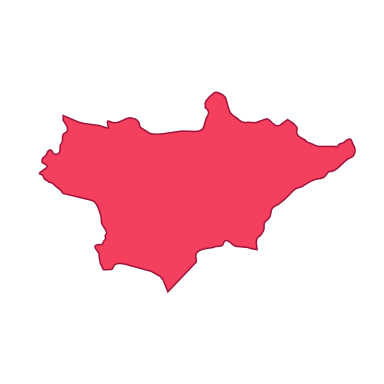 the County of Jönköping, rotated 190°
{"feature_id": "SWE-179", "entity_name": "Jönköping", "entity_type": "County", "adm_level": 1, "iso_a3": "SWE", "parent_name": "Sweden", "parent_adm1": "", "projection": "robinson", "projection_center": [14.478, 57.556], "detail": "fine", "context": "isolated", "style": "filled", "palette": "rose", "viewbox_px": 384, "rotation_deg": 190, "n_neighbors": 0, "source": "natural_earth", "source_scale": "10m", "svg_char_len": 3593}
<svg xmlns="http://www.w3.org/2000/svg" viewBox="0 0 384 384"><g transform="rotate(190 192 192)"><path d="M41.8,253.3L44.1,251.6L46.1,249.6L52.7,240.7L55.7,237.9L58.1,236.4L59.8,236.2L60.8,235.8L61.5,234.9L63.7,230.6L65.6,228.7L67.9,227.6L72.4,226.0L77.4,222.9L84.7,216.4L89.9,213.5L91.2,212.4L92.8,210.5L99.3,201.1L104.3,195.3L108.2,192.2L109.6,190.7L110.6,188.5L110.8,182.7L111.2,180.5L112.5,178.1L114.9,175.2L115.4,173.5L115.1,170.5L114.7,168.6L114.7,166.9L116.0,163.2L116.8,161.6L117.8,160.2L119.0,158.9L119.8,157.6L120.0,155.7L119.9,153.3L117.9,146.5L124.4,146.6L127.1,147.1L139.4,146.1L142.0,146.8L145.1,148.7L147.8,149.9L149.7,150.2L150.9,149.9L151.5,149.0L151.8,148.1L152.1,146.7L152.4,145.6L152.9,144.8L153.4,144.3L154.3,143.8L160.2,142.0L160.6,141.7L161.4,141.1L169.1,138.5L172.7,136.8L175.3,135.0L176.7,133.0L177.2,131.2L177.1,129.3L175.9,125.4L175.6,124.0L175.7,123.7L198.4,89.5L205.1,100.3L208.6,103.3L218.4,106.8L246.4,109.4L251.2,109.0L253.7,108.2L255.5,106.8L256.2,105.4L256.9,102.7L257.6,101.9L258.8,101.5L265.1,100.1L265.9,100.3L266.8,101.1L267.2,102.1L269.6,105.3L270.5,107.3L271.8,111.0L272.7,114.5L273.1,115.4L274.0,116.5L277.2,119.6L277.9,120.7L278.1,121.7L277.7,122.5L277.2,123.0L276.3,123.4L275.2,123.9L272.4,124.4L271.4,125.0L270.8,126.2L270.5,127.8L270.1,129.0L269.0,130.7L269.0,131.6L269.7,133.0L269.9,133.9L269.7,134.7L269.1,135.7L269.0,137.1L269.9,139.0L274.3,143.8L275.7,145.9L276.3,147.8L276.6,149.7L277.3,151.8L278.7,154.9L281.8,160.4L284.4,163.8L286.9,165.7L289.6,166.4L318.8,168.2L321.2,170.6L322.6,171.5L326.6,173.6L330.3,176.1L331.7,176.7L334.0,176.8L334.8,177.0L335.5,177.5L338.0,178.4L339.1,179.0L340.1,179.8L341.0,181.3L341.6,182.0L342.5,182.8L345.1,183.4L345.5,183.9L345.0,184.9L339.6,190.6L339.1,191.8L339.7,193.0L340.9,193.7L343.7,194.5L344.6,195.1L345.1,196.1L345.3,197.7L345.0,199.2L344.0,200.5L343.7,200.7L343.4,201.1L342.6,202.2L341.8,203.9L341.2,206.6L340.2,208.2L339.2,208.8L338.2,208.7L337.3,208.3L336.5,207.5L335.8,206.5L335.0,205.8L334.1,205.4L333.1,205.3L331.9,205.5L330.7,206.3L329.6,207.8L329.1,209.8L329.8,214.0L329.8,215.4L328.6,218.4L328.5,219.9L329.2,224.4L328.7,226.7L327.7,227.8L326.1,229.0L325.7,229.7L325.4,231.1L325.8,233.0L326.5,235.0L331.4,240.4L332.1,244.9L316.0,241.2L310.6,240.7L294.2,241.4L292.7,241.0L286.1,240.3L285.4,240.7L286.9,244.4L287.4,246.0L287.3,247.1L286.5,247.4L281.8,246.6L278.9,247.0L275.5,248.6L269.1,253.0L266.6,254.1L264.6,254.4L260.6,254.0L258.1,252.9L256.3,251.2L255.5,249.6L255.0,247.8L253.6,246.5L243.6,242.4L238.9,242.4L232.8,243.6L212.4,250.3L198.7,252.3L195.4,253.4L192.7,255.5L191.7,258.4L190.9,266.6L189.6,270.8L189.4,272.4L189.7,274.0L190.6,275.3L191.7,276.2L193.6,277.3L193.7,277.5L193.8,278.9L194.4,281.4L194.4,282.6L194.0,284.2L191.5,288.6L187.1,293.8L186.6,294.1L186.3,294.2L185.4,294.5L181.8,294.1L178.0,292.7L176.2,291.4L175.0,290.1L170.2,280.1L168.2,277.0L167.6,276.4L166.0,275.2L164.0,274.0L160.7,272.7L157.6,270.7L154.9,269.7L153.3,269.6L151.2,269.7L148.3,270.6L145.2,270.7L141.3,271.4L131.8,276.8L130.6,277.0L129.2,276.8L124.3,273.5L120.8,271.9L118.7,272.3L117.3,272.7L110.5,279.9L104.1,277.2L100.1,274.1L99.5,272.7L99.4,271.2L99.5,269.3L98.4,267.0L96.5,265.5L94.0,264.3L89.5,262.9L88.0,261.7L87.0,261.1L86.0,260.8L82.1,260.2L78.7,259.2L77.0,258.9L74.9,258.9L60.0,261.6L57.9,261.6L56.9,261.9L56.3,262.4L56.1,263.3L55.7,264.1L55.2,264.7L54.5,265.3L52.2,266.3L51.1,267.2L49.1,269.5L48.3,270.4L47.1,271.1L45.8,271.5L44.7,271.4L44.2,271.0L42.2,267.7L39.8,264.5L38.9,262.6L38.5,260.5L38.6,258.3L39.2,256.1L39.8,255.0L41.8,253.3Z" fill="#f43f5e" stroke="#9f1239" stroke-width="1.5"/></g></svg>